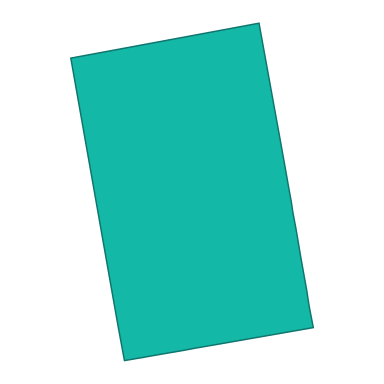 outline of Fall River, South Dakota, United States of America, rotated 260°
{"feature_id": "52423323B73670292543255", "entity_name": "Fall River", "entity_type": "district", "adm_level": 2, "iso_a3": "USA", "parent_name": "United States of America", "parent_adm1": "South Dakota", "projection": "orthographic", "projection_center": [-103.704, 43.24], "detail": "fine", "context": "isolated", "style": "filled", "palette": "teal", "viewbox_px": 384, "rotation_deg": 260, "n_neighbors": 0, "source": "geoboundaries", "source_scale": "gbopen_adm2", "svg_char_len": 490}
<svg xmlns="http://www.w3.org/2000/svg" viewBox="0 0 384 384"><g transform="rotate(260 192 192)"><path d="M37.7,96.2L37.6,115.8L37.6,131.1L37.5,157.2L37.6,165.9L37.7,168.8L37.6,171.7L37.4,287.9L55.6,287.6L62.9,287.6L75.0,287.9L107.2,287.8L107.7,287.8L136.7,288.0L155.0,287.8L165.1,288.1L177.3,288.0L177.5,288.0L198.0,288.0L198.4,288.0L227.9,287.9L246.7,287.8L307.7,287.5L308.1,287.5L346.6,287.3L344.9,95.9L73.0,95.9L37.7,96.2Z" fill="#14b8a6" stroke="#0f766e" stroke-width="1.5"/></g></svg>